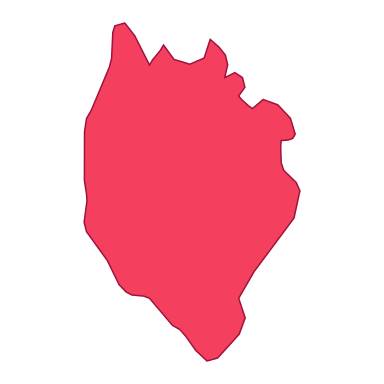 the Province of Marinduque
{"feature_id": "PHL-2569", "entity_name": "Marinduque", "entity_type": "Province", "adm_level": 1, "iso_a3": "PHL", "parent_name": "Philippines", "parent_adm1": "", "projection": "equal_earth", "projection_center": [121.977, 13.385], "detail": "fine", "context": "isolated", "style": "filled", "palette": "rose", "viewbox_px": 384, "rotation_deg": 0, "n_neighbors": 0, "source": "natural_earth", "source_scale": "10m", "svg_char_len": 856}
<svg xmlns="http://www.w3.org/2000/svg" viewBox="0 0 384 384"><path d="M281.2,162.8L283.8,170.4L296.3,182.6L299.9,190.8L294.0,218.1L254.1,271.6L238.7,298.3L245.2,317.9L239.2,334.2L217.7,358.0L207.0,361.0L195.7,350.4L186.0,336.6L180.0,329.7L172.5,325.4L149.5,298.3L143.7,296.1L131.9,295.0L126.1,292.0L119.1,284.7L107.3,260.5L86.5,231.7L84.1,222.2L87.0,200.5L86.5,194.0L84.4,180.5L84.5,131.7L86.5,118.5L91.4,110.0L109.5,66.8L111.6,58.2L112.8,32.3L114.9,25.8L124.8,23.0L134.7,35.7L149.5,65.0L152.6,59.8L160.3,50.5L163.5,45.0L174.0,59.4L189.7,64.2L204.1,58.1L210.2,39.4L219.2,47.3L225.4,55.1L227.7,64.8L224.7,77.6L234.9,72.6L242.5,77.6L244.9,87.3L238.7,95.9L241.6,99.6L249.1,106.3L252.6,108.5L263.1,99.5L277.8,104.8L290.5,118.4L295.2,134.2L292.7,138.5L287.8,140.1L281.2,140.5L280.7,147.0L281.2,162.8Z" fill="#f43f5e" stroke="#9f1239" stroke-width="1.5"/></svg>